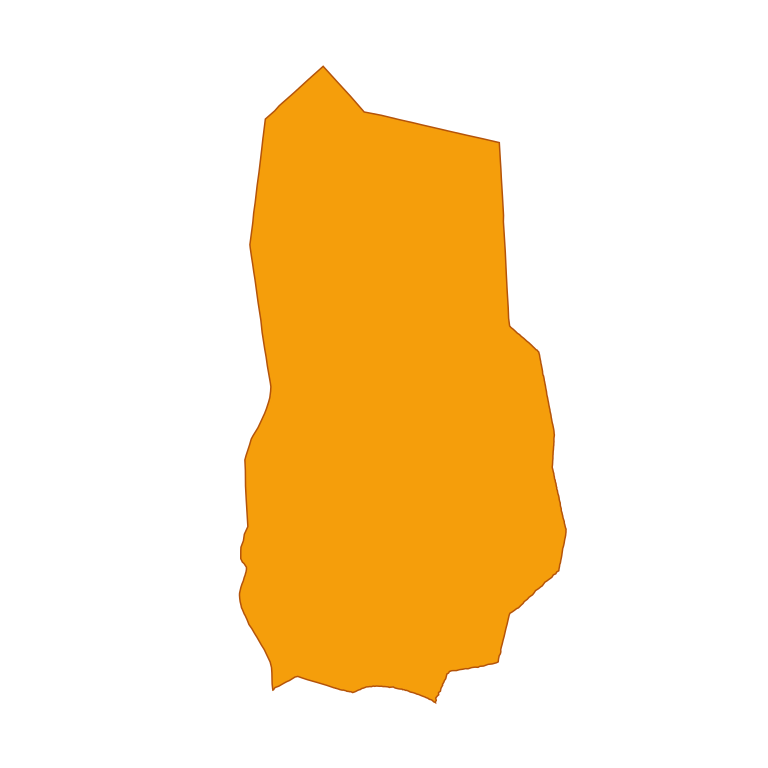 the district of Koungheul, Kaffrine, Senegal, rotated 354°
{"feature_id": "50182788B42114348275286", "entity_name": "Koungheul", "entity_type": "district", "adm_level": 2, "iso_a3": "SEN", "parent_name": "Senegal", "parent_adm1": "Kaffrine", "projection": "natural_earth1", "projection_center": [-14.806, 14.237], "detail": "fine", "context": "isolated", "style": "filled", "palette": "amber", "viewbox_px": 768, "rotation_deg": 354, "n_neighbors": 0, "source": "geoboundaries", "source_scale": "gbopen_adm2", "svg_char_len": 5769}
<svg xmlns="http://www.w3.org/2000/svg" viewBox="0 0 768 768"><g transform="rotate(354 384 384)"><path d="M241.5,676.8L242.1,676.6L243.9,674.5L247.9,673.5L250.5,672.3L253.2,671.1L256.1,669.9L259.0,669.0L264.9,666.1L267.7,665.8L271.7,667.7L276.8,670.0L286.5,673.9L295.6,677.7L302.7,681.0L303.4,681.1L303.8,681.5L304.4,681.6L305.3,682.0L306.3,682.4L307.2,682.8L308.1,683.3L309.6,683.8L310.5,684.1L311.4,684.1L314.1,685.1L314.9,685.7L316.4,686.0L317.5,686.4L319.0,686.6L320.6,687.6L322.4,687.2L323.8,686.8L325.2,686.2L326.9,685.6L328.5,685.4L330.1,684.5L331.7,684.3L333.6,683.8L334.8,683.4L336.6,683.5L338.2,683.4L339.7,683.7L341.7,683.3L343.1,683.7L345.0,683.6L346.6,683.9L348.2,684.2L349.9,684.3L351.4,684.8L353.3,685.0L354.6,685.3L355.3,685.4L356.1,685.6L356.8,685.8L357.5,686.3L357.8,686.3L359.0,686.2L359.3,686.2L360.1,686.3L361.5,686.2L362.8,687.2L363.6,687.6L365.0,688.1L366.7,688.7L368.3,689.1L370.0,689.3L370.4,689.9L372.1,690.1L372.8,690.6L373.6,691.0L374.4,691.0L376.2,691.9L377.8,693.0L378.9,693.4L380.5,693.9L382.7,694.9L384.2,695.8L385.4,696.2L386.2,696.5L387.7,697.4L389.4,698.3L391.9,699.5L392.9,700.2L394.8,701.1L395.7,702.0L396.5,702.4L396.7,702.6L397.4,702.7L398.5,703.3L399.3,704.2L400.5,705.5L401.3,705.8L401.9,706.3L401.9,705.5L402.2,705.0L402.8,704.4L402.9,703.9L402.6,701.7L403.8,700.5L404.6,699.7L405.9,698.8L405.9,696.8L406.4,696.3L408.0,695.4L408.7,692.9L409.5,691.6L410.9,689.6L410.8,688.7L412.1,687.2L413.2,685.1L414.5,683.7L415.4,681.3L416.2,679.0L418.0,678.2L418.9,676.9L419.0,676.8L419.3,676.7L421.4,676.2L423.2,676.3L425.9,676.6L429.2,676.0L432.7,675.9L435.2,675.6L437.8,676.0L441.5,675.2L444.9,675.1L447.9,675.6L449.8,674.8L453.6,674.9L458.3,673.7L462.4,673.7L466.6,673.0L468.3,672.4L468.5,672.3L468.6,672.1L468.8,671.0L469.2,669.3L470.2,666.2L471.5,664.5L472.2,662.6L472.3,660.4L473.3,657.6L474.3,655.1L475.6,651.4L477.2,647.3L477.2,647.2L477.6,646.1L478.5,643.4L479.7,639.9L481.4,635.5L482.7,631.6L484.3,627.0L485.2,625.2L487.6,624.1L490.6,622.4L492.5,621.2L494.3,620.7L497.1,618.4L499.3,616.8L500.8,615.0L504.0,613.1L506.0,611.2L508.5,609.8L509.7,609.2L511.5,607.3L513.1,605.3L516.3,603.7L518.7,602.1L520.3,601.3L523.3,597.9L525.4,596.9L527.7,595.5L530.7,593.8L532.5,591.5L535.0,590.7L536.1,589.0L538.3,588.0L538.7,586.3L539.5,583.8L539.9,581.9L540.7,580.4L541.5,577.5L542.3,575.1L542.9,573.0L543.5,570.5L544.1,568.2L544.5,566.4L545.6,563.9L546.2,562.1L546.7,560.5L547.1,558.9L547.7,556.9L548.3,555.2L548.8,553.6L549.2,551.6L549.5,550.4L549.7,548.5L549.9,547.4L549.8,546.9L549.6,546.4L549.5,545.9L549.3,544.6L549.1,542.8L548.9,542.0L548.8,540.4L548.9,539.5L548.7,538.7L548.1,536.0L547.9,534.2L548.0,534.1L547.7,532.2L547.5,530.2L547.1,528.9L547.2,526.2L546.7,523.7L546.8,520.5L546.5,519.3L546.2,517.3L546.2,515.5L546.0,513.3L545.6,511.7L545.4,510.4L545.3,507.9L544.8,506.6L545.0,504.8L544.7,504.0L544.6,500.7L544.2,499.4L544.2,497.5L543.7,496.1L543.7,494.0L543.5,492.6L543.5,490.5L543.3,489.7L543.1,488.5L543.0,487.2L542.8,485.9L542.6,484.7L542.7,483.7L543.1,482.1L543.3,480.9L543.5,479.7L543.6,478.8L544.0,476.7L544.2,475.8L544.3,474.8L544.5,473.0L544.9,471.1L544.9,470.3L545.1,469.6L545.1,469.4L545.2,468.7L545.3,468.2L545.6,467.2L545.8,465.9L546.2,463.5L546.5,462.5L546.6,461.2L547.0,459.2L547.1,457.7L547.3,455.9L547.7,454.2L548.0,453.1L548.1,452.3L548.1,451.8L548.0,451.1L548.1,449.7L548.1,448.0L548.0,446.3L547.8,444.3L547.6,442.1L547.3,440.4L547.1,438.3L547.0,436.2L546.9,435.6L546.8,434.4L546.8,432.7L546.6,430.6L546.3,428.6L546.3,426.6L546.1,425.5L546.0,424.3L545.8,422.4L545.7,420.8L545.6,419.1L545.4,417.4L545.3,415.8L545.2,414.4L545.0,413.2L544.9,412.3L544.8,411.4L544.8,410.1L544.8,408.6L544.7,407.6L544.5,405.5L544.4,404.2L544.4,403.1L544.1,400.3L544.0,398.6L543.8,397.4L543.8,396.1L543.7,394.7L543.5,392.6L543.1,391.8L542.9,389.9L543.0,388.0L542.8,385.3L542.6,383.1L542.5,381.6L542.2,379.6L542.2,377.8L542.0,376.0L541.8,373.9L541.7,371.3L541.3,369.3L541.3,368.5L540.6,367.7L539.9,366.4L538.8,365.8L537.3,363.9L536.1,362.5L535.6,361.9L535.2,361.4L535.1,361.2L533.5,359.4L532.5,358.2L530.3,356.1L527.8,353.2L525.5,351.0L523.9,349.0L522.0,347.5L520.3,345.4L518.2,343.0L517.0,341.9L516.1,341.0L515.0,339.4L514.8,331.7L515.5,321.2L516.3,302.7L517.3,284.3L518.4,265.8L519.2,247.3L519.7,235.1L520.5,228.8L521.4,210.3L522.2,191.8L522.7,182.9L523.1,173.3L523.9,156.0L508.1,150.5L491.6,145.0L475.2,139.4L458.8,133.7L448.9,130.3L448.6,130.2L442.2,127.9L426.3,122.5L409.5,116.5L392.7,111.4L381.0,94.7L369.0,78.5L356.7,61.7L340.6,73.3L324.8,85.0L309.0,96.2L304.0,100.8L303.9,100.9L293.7,108.1L289.9,124.5L289.7,125.4L289.5,126.0L287.1,137.0L284.9,146.8L281.8,160.4L278.6,173.3L274.9,189.9L272.3,200.2L270.9,207.2L270.6,208.8L269.7,212.7L265.2,231.4L265.2,234.7L265.5,242.7L265.9,250.8L266.2,258.9L266.6,266.3L266.7,269.2L266.9,276.0L267.1,282.9L267.3,289.7L268.2,307.5L268.2,319.9L269.0,336.4L269.6,345.0L269.9,353.9L271.1,371.4L271.2,374.9L270.5,379.3L269.0,385.7L267.4,389.8L264.5,396.3L262.2,400.8L261.8,401.5L261.5,402.0L261.1,402.6L260.4,403.8L256.9,409.7L254.1,414.3L248.3,421.8L246.2,424.9L244.3,429.6L243.8,430.8L239.3,440.8L237.7,445.0L237.1,455.3L236.2,464.8L235.6,471.1L234.9,484.6L234.3,498.1L233.7,511.6L229.4,518.8L227.8,525.2L224.7,531.3L224.2,534.4L223.4,541.6L223.3,542.8L224.6,546.4L224.8,546.5L226.1,548.0L227.4,550.6L228.0,551.6L227.9,553.7L227.2,556.3L226.5,557.9L225.9,559.6L224.8,561.7L223.5,565.1L221.9,568.0L220.5,571.1L219.8,573.1L218.5,576.9L218.2,579.0L218.1,582.3L218.2,585.5L218.7,589.2L218.9,591.6L219.5,593.1L221.0,598.2L221.7,599.7L223.1,603.8L224.6,609.2L227.0,613.5L229.3,618.7L230.8,621.8L230.8,621.7L234.8,630.8L237.1,635.5L237.4,636.3L238.9,640.6L241.7,648.5L242.5,654.2L242.3,659.7L241.7,666.8L241.4,670.7L241.4,675.1L241.5,676.8Z" fill="#f59e0b" stroke="#b45309" stroke-width="1.5"/></g></svg>